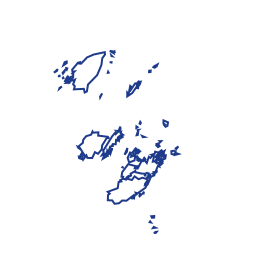 outline of Raja Ampat, Papua Barat, Indonesia, rotated 133°
{"feature_id": "22746128B90221566890304", "entity_name": "Raja Ampat", "entity_type": "district", "adm_level": 2, "iso_a3": "IDN", "parent_name": "Indonesia", "parent_adm1": "Papua Barat", "projection": "albers", "projection_center": [130.461, -0.827], "detail": "fine", "context": "isolated", "style": "outline", "palette": "blue", "viewbox_px": 256, "rotation_deg": 133, "n_neighbors": 0, "source": "geoboundaries", "source_scale": "gbopen_adm2", "svg_char_len": 5962}
<svg xmlns="http://www.w3.org/2000/svg" viewBox="0 0 256 256"><g transform="rotate(133 128 128)"><path d="M147.1,81.9L149.4,80.5L146.2,79.9L152.4,79.0L151.1,80.3L152.9,80.1L154.6,83.6L158.2,85.3L158.9,90.2L163.4,89.7L165.7,94.2L167.0,94.1L168.5,97.0L171.5,98.1L171.7,96.5L173.9,98.0L179.0,94.5L188.5,99.3L188.5,96.6L190.6,96.9L194.6,93.5L191.7,90.1L192.6,86.2L189.1,83.2L185.0,82.8L182.2,79.5L174.5,78.2L175.8,77.6L175.4,75.6L172.7,77.2L170.8,76.5L170.1,78.2L169.2,76.5L160.0,74.5L155.1,75.7L158.1,76.8L157.0,77.5L153.1,77.9L154.3,75.7L147.9,78.0L145.0,76.6L144.6,77.8L143.4,76.2L144.1,78.6L142.0,77.5L142.3,78.8L139.4,76.9L140.5,78.3L135.3,80.3L134.8,78.7L133.1,81.4L132.6,78.9L130.3,78.8L131.2,81.5L129.7,82.7L129.1,79.1L128.5,81.3L125.4,80.1L124.5,83.2L126.1,83.8L126.0,85.6L129.4,86.5L128.0,83.2L130.0,84.5L130.3,83.1L131.3,85.2L133.6,84.6L132.8,82.3L134.2,82.9L134.1,84.8L130.9,86.0L134.2,85.6L135.7,86.9L130.7,89.8L130.2,87.3L128.4,88.4L120.5,88.1L125.2,89.0L126.8,92.0L128.7,90.9L131.4,92.5L130.9,91.3L134.6,91.2L134.8,93.1L140.8,90.4L140.3,93.7L142.1,94.4L143.0,100.1L142.1,102.6L145.2,99.3L144.9,98.0L143.2,98.4L144.1,95.2L151.1,93.3L152.9,95.6L150.7,96.5L154.3,103.2L164.3,102.1L168.0,99.6L167.0,98.3L168.6,97.6L166.9,94.5L165.1,95.3L163.2,95.0L162.2,94.6L162.1,93.7L160.7,93.3L159.7,94.9L154.5,93.4L155.3,92.5L152.2,87.2L149.7,84.1L147.1,83.4L148.1,83.4L147.1,81.9ZM129.3,183.0L123.5,186.9L110.4,186.6L100.1,190.4L94.5,194.4L90.0,194.9L88.4,196.7L97.5,203.1L104.3,206.1L113.0,206.2L114.0,207.5L112.8,208.1L114.5,209.1L123.5,208.6L124.7,207.0L123.1,205.7L126.1,205.8L125.7,205.0L129.3,201.9L128.0,203.8L132.6,206.0L130.7,207.6L137.6,205.9L134.0,205.6L131.9,203.8L134.6,204.2L136.0,202.1L134.3,203.8L135.2,201.9L130.7,201.8L130.8,200.5L128.9,199.8L133.5,197.9L133.7,195.4L136.6,193.9L129.5,187.0L131.6,183.9L129.3,183.0ZM169.8,150.9L175.3,151.6L175.4,149.6L177.9,140.1L176.3,139.9L177.6,137.4L174.4,133.7L168.2,135.7L167.3,132.3L161.4,132.7L158.5,135.0L148.4,137.0L153.9,144.6L151.4,146.7L155.1,150.2L154.7,151.6L158.0,150.4L162.5,153.0L167.1,152.7L169.8,150.9ZM161.2,125.6L159.2,123.5L160.5,127.9L159.8,126.6L158.6,127.7L158.9,126.0L153.7,128.4L150.8,126.3L151.9,127.7L150.2,128.2L148.3,125.9L145.0,128.5L144.0,126.0L143.9,127.8L141.7,129.0L138.6,128.5L139.8,126.2L138.2,125.8L138.1,127.7L136.4,126.9L136.7,129.9L135.2,130.6L137.1,132.3L133.8,132.8L132.3,134.6L136.6,132.9L137.7,134.2L137.5,132.8L140.8,132.8L140.2,134.2L144.9,133.9L161.6,130.6L162.2,129.2L165.7,128.5L163.0,127.2L167.5,125.4L162.7,124.1L163.0,126.8L162.0,124.2L161.2,125.6ZM147.3,101.1L140.9,105.3L139.9,103.4L137.7,103.3L138.7,104.4L136.7,104.4L137.1,106.2L140.2,106.5L136.9,108.7L142.3,108.1L144.4,104.8L146.9,106.2L145.5,106.7L145.7,108.9L144.0,108.7L144.5,109.8L150.1,107.9L152.4,103.7L147.3,101.1ZM99.5,148.7L91.4,149.9L89.4,152.2L90.6,153.2L100.1,151.6L95.6,153.9L95.7,155.1L102.3,151.0L102.4,152.9L105.4,150.1L99.5,148.7ZM99.6,100.6L96.6,102.6L98.2,107.2L100.4,105.3L100.3,103.3L101.2,103.6L101.5,101.4L99.6,100.6ZM177.8,144.7L180.9,144.0L181.4,142.3L180.9,142.9L180.1,142.4L181.8,139.2L178.5,139.6L177.8,144.7ZM115.7,75.3L112.5,73.3L113.7,76.0L112.7,78.4L115.4,80.5L117.3,78.5L116.5,76.7L113.9,76.4L115.7,75.3ZM90.3,148.9L87.9,149.2L85.5,150.3L87.7,151.9L90.3,148.9ZM177.3,49.2L175.7,47.8L174.5,48.8L176.7,50.8L177.3,49.2ZM149.9,112.3L146.2,112.6L143.0,114.8L149.9,112.3ZM121.5,93.0L119.7,92.5L119.3,94.1L121.4,95.0L121.5,93.0ZM122.3,217.1L121.2,218.2L123.1,219.2L126.2,218.0L122.3,217.1ZM84.0,193.9L83.1,189.6L82.2,191.2L84.0,193.9ZM142.9,126.2L140.3,127.7L142.1,128.2L142.9,126.2ZM167.9,74.5L169.9,73.4L170.0,72.9L167.6,72.8L167.9,74.5ZM120.3,170.5L124.1,169.8L124.5,169.3L120.3,170.5ZM138.9,94.0L138.7,95.8L140.7,95.4L140.4,94.2L138.9,94.0ZM132.6,212.6L130.0,212.9L129.0,213.6L132.2,213.5L132.6,212.6ZM71.7,151.6L72.8,150.7L71.7,149.7L70.5,150.6L71.7,151.6ZM182.8,41.7L184.2,41.5L182.2,39.9L182.8,41.7ZM158.4,123.5L156.5,124.4L157.2,126.4L158.5,125.1L157.5,124.9L158.4,123.5ZM121.3,96.7L118.6,94.9L118.0,95.0L121.3,96.7ZM127.4,116.8L126.5,116.1L124.3,117.6L125.1,117.9L127.4,116.8ZM187.1,37.5L185.7,36.1L184.3,36.2L185.1,36.9L187.1,37.5ZM164.4,94.0L162.5,94.7L165.5,94.9L164.4,94.0ZM64.7,149.6L63.5,149.0L61.4,149.8L62.9,150.3L64.7,149.6ZM165.3,71.9L163.7,72.9L165.7,72.6L165.3,71.9ZM134.8,218.9L132.9,219.5L138.0,219.9L134.8,218.9ZM64.7,149.6L64.6,150.9L66.2,151.0L65.9,149.8L65.1,149.4L64.7,149.6ZM154.6,126.2L155.8,124.3L154.9,125.5L153.8,124.7L154.6,126.2ZM122.5,85.7L123.7,84.6L122.5,84.0L122.5,85.7ZM146.2,205.0L142.7,204.7L145.4,205.4L146.2,205.0ZM121.7,86.3L121.4,85.1L119.9,85.7L121.7,86.3ZM125.0,86.1L122.7,86.2L125.5,86.7L125.0,86.1ZM126.3,214.1L127.6,212.8L127.5,212.4L125.8,213.1L126.3,214.1ZM182.8,141.8L182.3,143.3L182.6,144.2L183.4,143.1L182.8,141.8ZM90.8,148.7L92.5,148.5L92.0,147.8L90.8,148.7ZM115.2,123.2L116.9,122.5L116.7,121.8L115.5,122.1L115.2,123.2ZM176.0,152.0L176.4,151.0L176.2,149.5L175.5,150.6L176.0,152.0ZM124.2,112.2L124.6,110.9L123.3,109.8L124.2,112.2ZM151.1,95.1L149.6,95.2L150.4,95.9L151.1,95.1ZM181.2,48.1L182.1,47.9L181.4,46.8L181.2,48.1ZM122.2,122.0L120.9,121.6L121.1,122.9L122.2,122.0ZM116.1,94.7L114.9,94.7L116.0,95.9L116.1,94.7ZM128.1,88.1L128.4,86.9L127.0,87.9L128.1,88.1ZM137.2,204.0L136.0,202.9L136.2,203.9L137.2,204.0ZM148.7,136.0L149.8,135.6L148.6,135.5L148.7,136.0ZM100.4,180.9L101.4,180.4L100.7,179.9L100.4,180.9ZM110.3,79.2L110.4,78.3L107.1,78.6L110.3,79.2ZM81.2,190.1L82.4,190.3L81.6,189.5L81.2,190.1ZM152.0,83.2L150.7,82.9L150.3,83.5L152.0,83.2ZM138.1,213.9L135.7,213.2L136.6,214.0L138.1,213.9ZM136.7,209.8L135.5,209.2L135.3,209.8L136.7,209.8ZM92.3,186.3L91.4,184.7L91.1,184.9L92.3,186.3ZM86.9,151.5L85.7,151.8L86.8,151.9L86.9,151.5ZM122.2,119.1L122.8,119.7L123.1,119.3L122.2,119.1ZM123.3,82.1L123.5,80.9L122.4,81.6L123.3,82.1ZM86.3,189.7L86.7,189.1L86.3,188.5L86.3,189.7ZM159.5,105.2L160.5,105.3L160.4,104.9L159.5,105.2ZM176.7,77.2L177.3,76.5L176.5,76.9L176.7,77.2Z" fill="none" stroke="#1e3a8a" stroke-width="2"/></g></svg>